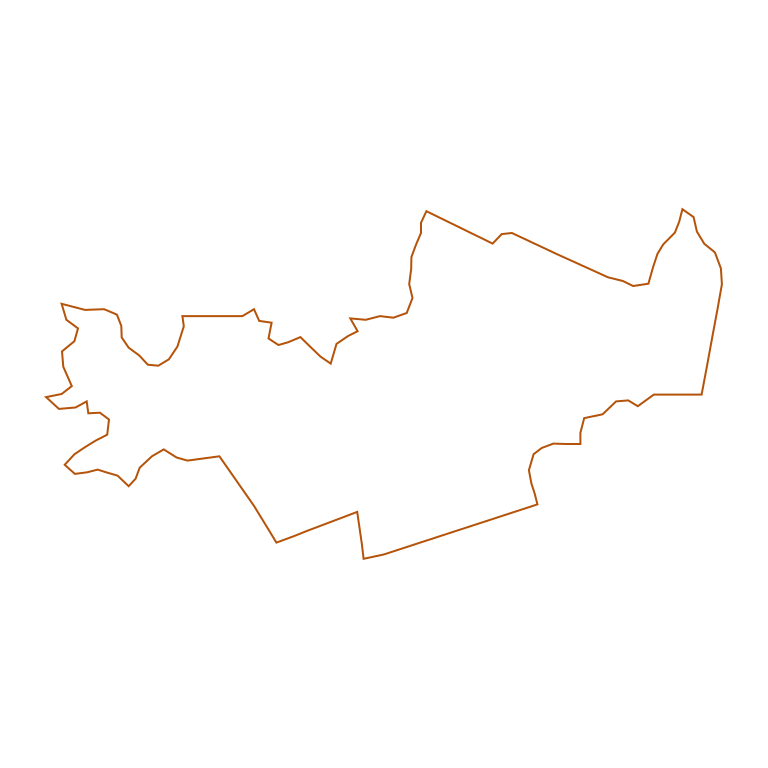 outline of Palmácia, Ceará, Brazil
{"feature_id": "56859067B92857747427809", "entity_name": "Palmácia", "entity_type": "district", "adm_level": 2, "iso_a3": "BRA", "parent_name": "Brazil", "parent_adm1": "Ceará", "projection": "orthographic", "projection_center": [-38.86, -4.125], "detail": "fine", "context": "isolated", "style": "outline", "palette": "amber", "viewbox_px": 768, "rotation_deg": 0, "n_neighbors": 0, "source": "geoboundaries", "source_scale": "gbopen_adm2", "svg_char_len": 1581}
<svg xmlns="http://www.w3.org/2000/svg" viewBox="0 0 768 768"><path d="M107.2,434.7L96.2,440.3L85.4,446.9L74.5,454.2L64.7,464.8L74.9,473.9L87.1,472.3L97.7,469.6L106.8,472.5L117.5,475.6L128.7,486.2L135.6,478.7L139.7,467.7L151.9,456.3L163.7,449.4L176.6,457.5L187.5,460.6L219.4,456.3L254.0,505.9L270.0,532.0L276.4,542.6L294.8,535.8L308.3,530.4L357.2,511.9L361.9,544.3L363.6,558.8L383.7,554.5L537.4,504.4L534.7,493.6L531.4,483.5L528.9,470.2L533.6,454.2L541.7,448.0L553.3,443.6L566.1,444.0L580.4,444.0L580.4,432.8L584.2,418.1L602.6,414.3L616.1,401.4L628.3,400.4L637.8,406.2L653.8,394.6L701.6,394.6L706.8,367.0L712.2,337.5L717.6,308.6L721.9,284.3L720.9,268.4L714.9,252.4L704.3,243.8L696.9,231.6L693.6,217.1L682.4,209.2L679.3,221.4L674.9,232.6L663.3,244.3L657.5,253.8L653.2,266.7L648.4,283.7L633.1,286.0L622.9,281.0L608.0,277.3L556.6,254.0L511.9,233.0L501.7,234.1L492.6,243.6L426.4,211.2L421.0,222.8L421.0,233.0L416.2,244.2L411.4,257.1L411.2,268.7L409.2,284.1L412.5,298.0L406.7,313.0L393.4,317.7L380.0,316.1L365.7,319.8L350.3,318.4L357.6,331.2L348.1,336.0L336.5,343.9L330.7,363.6L320.5,356.6L309.7,346.2L300.4,337.1L288.0,342.3L278.5,345.0L268.5,338.5L271.6,322.7L259.2,320.9L254.0,309.2L242.4,316.1L182.4,316.1L183.8,326.3L177.4,346.6L168.9,359.3L158.3,365.7L147.8,364.7L139.3,355.5L128.7,347.7L121.7,337.5L121.3,325.9L116.9,314.6L104.1,309.2L85.0,309.9L61.6,303.8L66.4,319.8L78.0,328.4L74.4,341.2L62.0,351.4L63.3,366.8L71.8,386.1L61.6,394.0L46.1,397.1L58.9,408.9L75.5,407.5L86.7,401.4L88.3,413.3L99.9,412.7L109.0,419.5L107.2,434.7Z" fill="none" stroke="#b45309" stroke-width="2"/></svg>